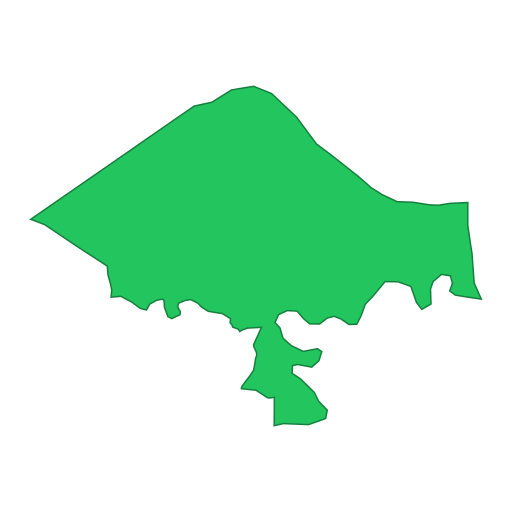 outline of Uvwie, Delta, Nigeria
{"feature_id": "59680162B58427071840888", "entity_name": "Uvwie", "entity_type": "district", "adm_level": 2, "iso_a3": "NGA", "parent_name": "Nigeria", "parent_adm1": "Delta", "projection": "mercator", "projection_center": [5.787, 5.57], "detail": "fine", "context": "isolated", "style": "filled", "palette": "green", "viewbox_px": 512, "rotation_deg": 0, "n_neighbors": 0, "source": "geoboundaries", "source_scale": "gbopen_adm2", "svg_char_len": 1674}
<svg xmlns="http://www.w3.org/2000/svg" viewBox="0 0 512 512"><path d="M274.2,425.7L283.4,423.6L308.6,424.6L325.6,418.5L327.3,410.2L318.7,401.3L314.3,392.4L300.5,378.9L292.1,373.3L292.5,365.6L297.6,364.5L311.7,367.1L318.9,360.8L321.8,351.6L317.5,348.7L303.3,351.4L291.2,345.6L283.0,338.2L279.9,327.8L275.0,322.6L278.6,314.6L287.3,310.6L297.0,311.1L303.8,318.9L309.7,323.9L319.6,324.0L327.2,318.1L334.1,316.3L340.8,318.9L349.0,324.5L356.8,324.2L361.0,316.0L365.4,304.1L372.6,296.6L385.1,281.6L398.0,281.8L410.9,286.4L416.4,302.3L421.8,309.4L431.0,304.0L430.5,289.2L433.0,281.7L441.4,274.4L450.4,275.8L452.4,283.3L449.7,291.0L455.3,295.1L467.5,297.1L481.3,299.1L474.2,283.1L472.0,253.6L470.3,242.6L467.8,225.3L467.8,202.5L449.6,203.4L438.6,205.2L429.9,204.9L412.5,202.2L397.2,201.7L384.2,195.6L382.2,194.7L371.3,187.8L358.5,176.6L332.7,156.2L316.4,143.9L296.5,117.1L271.5,93.5L253.5,86.3L231.6,89.9L211.7,102.3L201.8,104.4L194.1,106.1L146.4,139.1L127.9,152.0L30.7,219.3L44.8,224.7L76.7,246.2L107.3,266.1L108.0,275.0L110.5,283.8L111.7,290.0L111.1,297.2L120.8,296.3L131.8,302.1L140.2,308.4L146.5,310.0L149.7,304.1L156.7,300.3L162.4,299.1L164.0,300.3L164.4,307.0L167.9,316.6L171.7,318.6L180.0,314.7L180.3,311.7L177.7,306.8L178.6,303.2L184.8,300.5L190.8,299.6L197.9,303.2L201.4,307.0L208.2,311.3L222.3,313.6L230.5,318.6L230.1,322.7L232.1,325.1L232.5,327.0L238.2,329.1L239.8,331.5L242.1,330.0L247.5,328.1L261.5,327.3L253.6,344.6L253.7,346.5L256.4,352.2L256.7,355.4L255.6,358.4L254.7,364.5L253.5,370.5L248.9,377.1L244.8,382.4L241.8,386.7L241.3,388.7L256.0,390.2L267.6,397.8L269.8,398.0L274.3,397.3L274.3,409.0L274.2,425.7Z" fill="#22c55e" stroke="#15803d" stroke-width="1.5"/></svg>